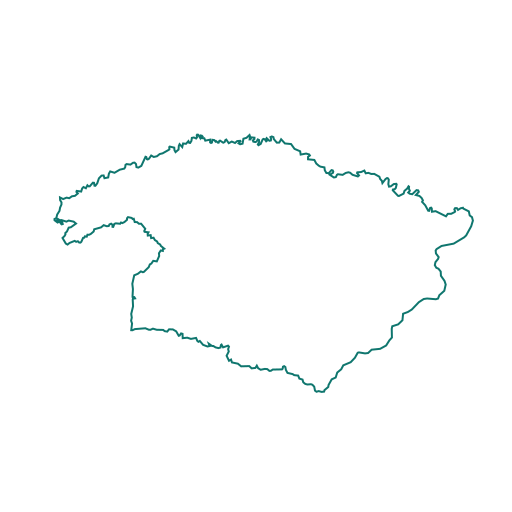 Quimbaya, Quindío, Colombia, rotated 192°
{"feature_id": "7082276B28031700236172", "entity_name": "Quimbaya", "entity_type": "district", "adm_level": 2, "iso_a3": "COL", "parent_name": "Colombia", "parent_adm1": "Quindío", "projection": "mercator", "projection_center": [-75.769, 4.613], "detail": "fine", "context": "isolated", "style": "outline", "palette": "teal", "viewbox_px": 512, "rotation_deg": 192, "n_neighbors": 0, "source": "geoboundaries", "source_scale": "gbopen_adm2", "svg_char_len": 6115}
<svg xmlns="http://www.w3.org/2000/svg" viewBox="0 0 512 512"><g transform="rotate(192 256 256)"><path d="M459.2,269.9L457.4,268.0L457.0,265.9L457.7,262.6L457.6,259.3L459.1,255.2L459.2,251.5L460.8,250.3L460.5,249.1L457.1,247.5L456.6,248.1L453.9,248.1L453.5,247.1L452.7,247.3L452.4,246.7L451.7,247.1L452.8,249.2L455.6,248.8L457.3,249.3L458.1,249.6L457.4,251.0L455.4,250.2L453.8,250.7L448.6,250.2L446.6,251.7L441.5,251.7L438.8,250.3L443.1,245.6L445.1,244.8L446.0,240.7L447.3,238.8L446.9,237.5L447.4,235.8L449.0,233.4L444.6,228.6L442.7,228.0L441.1,230.0L436.5,233.1L434.9,232.5L433.3,233.4L431.8,232.4L430.5,232.6L429.8,233.6L428.9,237.8L427.8,238.2L427.4,239.7L425.6,239.7L425.3,241.8L423.8,242.0L422.3,243.1L419.9,246.2L419.8,248.5L413.5,251.8L411.4,254.5L408.2,254.1L406.3,254.7L405.9,256.4L404.4,257.5L403.0,256.8L402.4,254.7L401.7,254.8L401.2,258.0L399.9,258.8L395.6,259.3L395.0,260.7L393.6,260.4L391.8,261.8L389.7,264.6L390.0,266.1L389.3,267.4L385.5,267.4L384.3,266.5L383.3,267.0L381.7,264.0L379.3,264.4L377.2,263.2L375.1,263.7L370.0,259.6L370.5,257.2L370.0,256.5L366.1,256.8L366.6,255.1L366.1,253.5L363.4,254.5L362.3,251.7L360.0,252.6L358.3,250.6L355.7,249.6L354.8,248.2L352.1,247.3L351.2,246.1L347.3,244.1L348.5,243.2L348.2,241.6L350.3,241.6L351.5,238.5L350.7,235.9L351.9,230.1L355.5,229.9L356.8,226.8L358.1,225.7L358.6,222.8L362.4,217.1L363.3,216.6L365.4,217.0L367.9,214.0L371.1,211.8L371.2,203.1L369.5,198.0L368.4,191.0L368.2,190.3L366.5,190.5L365.5,189.4L367.5,188.6L367.5,187.6L365.8,181.2L366.0,173.4L364.7,169.9L364.7,166.7L363.2,164.2L362.6,157.5L361.4,157.7L359.3,159.3L349.2,162.3L345.4,161.6L343.9,161.9L341.7,163.5L337.8,163.2L331.4,164.4L329.7,163.5L327.1,163.6L325.8,166.2L322.1,166.9L318.4,165.7L315.0,161.9L314.2,162.3L313.2,164.7L311.7,164.6L310.6,160.4L306.3,161.8L302.4,161.4L297.6,163.4L295.8,160.8L294.5,160.1L293.3,161.2L289.3,158.1L284.6,157.4L282.6,158.3L283.9,160.4L280.2,158.8L279.0,159.1L276.6,158.2L273.6,158.1L271.7,159.1L271.8,161.6L271.3,162.2L269.2,159.8L264.7,162.5L263.6,161.7L263.9,159.1L262.8,156.9L264.0,152.3L260.6,147.9L258.9,149.5L257.4,146.9L251.3,146.9L247.6,145.0L239.7,146.9L236.9,145.2L233.3,146.4L232.4,148.9L230.6,146.7L227.8,145.7L223.9,147.4L221.4,147.7L219.0,146.4L217.6,146.8L216.0,148.4L207.0,150.5L206.5,151.3L206.6,153.3L205.6,154.1L204.2,153.5L203.1,150.8L200.9,148.2L195.6,148.1L193.9,147.4L189.9,147.8L188.1,145.1L184.8,144.8L183.5,142.3L181.2,141.1L179.0,141.0L175.6,142.0L174.1,141.8L171.9,140.3L170.3,136.6L168.6,135.8L166.6,136.9L163.6,136.7L161.2,137.5L161.1,139.1L158.1,142.9L158.2,145.0L156.3,151.1L152.8,153.7L152.3,158.9L149.1,162.9L147.9,167.2L141.3,171.8L138.1,177.0L136.4,182.5L135.3,183.1L129.1,183.4L126.2,184.4L123.4,188.4L115.3,191.0L110.1,195.5L108.0,201.2L106.1,204.5L108.1,213.0L108.1,215.6L102.7,218.7L99.4,223.6L100.1,230.1L95.8,232.8L92.5,236.0L87.1,244.7L83.0,248.8L79.8,250.0L71.1,251.1L69.1,252.2L68.5,255.8L64.6,261.1L64.5,267.5L66.4,270.8L71.0,275.1L72.1,279.2L74.9,281.5L77.2,282.0L79.2,284.2L79.2,287.3L77.3,291.0L77.1,292.9L80.5,295.9L81.4,298.7L80.8,300.3L76.6,304.4L65.2,309.2L56.3,317.5L54.7,319.8L51.7,329.8L51.2,335.7L52.8,338.9L55.4,340.1L57.1,343.9L63.1,345.5L63.6,346.2L65.8,345.2L68.0,343.1L69.5,344.6L71.2,344.2L71.7,342.9L70.5,341.1L70.7,340.4L73.8,337.9L77.2,337.1L78.4,334.3L89.6,337.2L93.1,335.9L94.0,339.1L94.8,339.7L95.8,339.0L96.0,336.2L97.0,336.1L101.0,340.8L104.8,343.5L104.3,345.1L106.1,347.2L108.6,348.7L112.3,348.9L110.1,352.6L111.0,353.9L112.7,353.8L116.0,348.9L118.7,348.9L120.3,349.7L119.1,351.8L120.5,353.7L120.7,355.6L121.3,355.9L122.2,353.3L124.3,350.6L124.6,347.7L128.7,344.4L129.6,344.4L135.9,348.7L135.9,349.5L134.2,350.2L133.4,351.6L133.3,355.3L133.8,355.8L136.2,355.0L138.6,352.2L140.3,351.5L141.5,353.8L142.0,358.3L143.1,359.4L144.0,359.5L145.3,358.2L147.5,353.6L148.5,355.7L150.5,357.1L151.8,359.2L157.4,360.9L160.3,360.2L163.3,360.7L165.9,359.7L167.8,362.1L170.6,360.0L174.3,358.9L174.4,358.1L172.0,356.2L172.9,355.0L178.5,355.5L181.2,357.0L183.0,357.1L185.5,355.9L188.1,353.4L192.9,353.0L193.7,352.2L194.3,349.8L196.1,349.0L200.7,350.8L198.0,353.4L198.0,354.7L198.8,355.7L200.0,355.7L202.0,352.2L204.4,351.8L206.5,354.1L207.5,356.9L211.6,356.8L213.4,357.4L216.3,359.0L218.9,362.1L225.2,361.4L225.7,363.8L224.2,365.5L225.1,366.4L228.3,366.6L233.4,364.5L234.6,367.6L240.6,368.8L245.0,372.8L251.1,372.1L255.7,375.4L256.8,371.8L259.2,371.2L262.8,374.0L263.7,375.9L265.4,376.2L266.6,375.3L265.5,373.6L265.5,372.1L266.9,371.5L270.1,373.5L270.4,372.5L269.4,370.9L269.9,370.3L271.8,372.0L273.0,372.1L273.7,371.4L274.7,366.6L276.6,364.9L277.4,365.5L276.6,368.0L277.2,370.1L278.5,370.4L279.2,368.1L280.3,367.3L282.4,367.3L283.1,368.4L281.9,370.1L282.1,371.4L285.1,371.1L285.7,368.9L286.5,368.7L286.8,371.9L287.5,373.0L289.9,369.6L292.7,368.1L292.5,363.1L294.8,362.0L296.5,362.6L295.0,365.0L295.3,365.4L298.3,364.5L300.0,362.2L303.5,362.9L306.1,360.7L309.3,363.7L310.0,363.1L310.4,360.9L311.6,360.0L315.2,361.4L315.8,361.0L316.1,359.1L316.7,358.9L319.0,360.1L319.4,359.5L320.9,360.7L322.7,360.6L322.7,357.8L323.5,357.2L324.5,357.6L325.0,360.3L329.6,358.3L331.0,360.4L333.4,360.0L333.0,361.7L334.0,362.4L335.2,362.4L335.2,359.9L337.8,362.6L338.8,362.5L339.1,361.8L338.4,359.7L339.0,358.5L341.4,359.0L343.3,358.2L343.1,355.2L343.9,352.9L344.9,352.8L346.0,354.3L347.8,351.2L350.7,350.9L350.8,347.2L354.0,349.5L354.4,347.7L353.9,344.0L356.3,340.9L357.7,342.5L358.5,345.0L363.1,345.1L363.5,344.5L362.9,342.3L363.5,341.6L368.7,337.0L371.4,335.7L373.6,333.0L376.6,331.6L379.4,332.5L380.9,328.9L382.0,327.9L382.8,328.0L383.9,330.0L384.7,330.1L386.9,320.3L389.5,318.0L391.4,318.1L392.5,321.0L394.2,322.1L395.7,321.6L397.8,319.3L401.7,319.0L402.6,318.0L402.4,315.7L403.0,314.1L407.2,312.1L411.7,308.0L416.2,308.4L417.0,306.0L416.9,302.1L420.4,300.6L421.8,303.1L423.8,302.5L425.8,299.3L426.4,294.1L427.7,291.3L428.6,291.2L429.7,293.9L430.8,293.8L433.1,289.6L434.3,289.3L435.6,290.1L436.5,286.9L439.1,287.6L440.1,285.9L440.4,282.7L444.9,282.4L445.0,281.4L443.3,280.1L445.6,277.2L448.5,276.1L450.7,273.7L453.4,273.7L456.5,271.6L459.9,272.5L459.2,269.9Z" fill="none" stroke="#0f766e" stroke-width="2"/></g></svg>